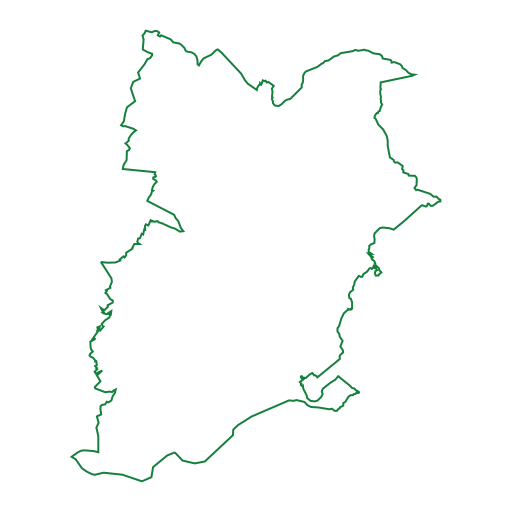 Chilchotla, Puebla, Mexico
{"feature_id": "50627088B92619426323393", "entity_name": "Chilchotla", "entity_type": "district", "adm_level": 2, "iso_a3": "MEX", "parent_name": "Mexico", "parent_adm1": "Puebla", "projection": "orthographic", "projection_center": [-97.21, 19.256], "detail": "fine", "context": "isolated", "style": "outline", "palette": "green", "viewbox_px": 512, "rotation_deg": 0, "n_neighbors": 0, "source": "geoboundaries", "source_scale": "gbopen_adm2", "svg_char_len": 5972}
<svg xmlns="http://www.w3.org/2000/svg" viewBox="0 0 512 512"><path d="M241.1,73.6L221.5,52.6L217.7,49.4L216.0,50.2L211.3,54.7L203.8,58.3L201.5,60.9L198.9,65.4L197.6,64.3L197.5,60.4L196.4,56.4L194.3,53.9L191.6,52.4L186.5,51.4L185.7,50.8L184.4,47.9L181.0,44.5L179.0,43.4L173.3,42.4L170.6,39.3L161.1,35.3L160.1,36.5L157.8,35.3L159.2,32.5L156.8,31.0L154.3,31.1L151.9,32.3L145.7,30.7L144.6,33.2L142.5,35.6L143.6,39.4L142.8,49.1L143.2,49.8L148.0,52.3L152.1,53.8L152.0,55.5L150.1,58.1L147.4,59.2L144.5,64.3L138.1,72.5L140.0,78.6L133.2,81.9L130.8,88.3L135.1,101.2L127.0,107.3L125.1,113.9L123.8,121.4L121.1,125.3L123.5,126.3L125.1,126.1L133.2,128.7L136.0,130.4L133.4,132.3L131.1,134.8L128.7,138.5L128.7,140.8L125.5,143.5L127.2,144.8L129.9,148.3L128.8,150.2L126.9,151.1L126.6,160.1L123.6,164.9L122.8,169.0L155.2,172.2L154.6,174.4L155.6,175.2L156.0,176.2L155.0,177.0L153.3,177.4L153.2,178.9L156.0,180.5L156.7,181.8L154.1,184.5L152.7,187.1L151.9,190.3L153.1,190.7L152.0,191.5L150.8,195.0L149.0,197.1L147.3,200.9L174.1,214.8L175.9,218.5L178.2,220.9L180.8,227.9L183.3,231.2L179.8,231.6L174.8,228.5L171.1,227.5L162.3,223.4L158.4,222.2L157.5,221.1L154.4,221.8L151.9,220.7L151.7,221.4L150.5,220.4L148.4,225.5L145.9,224.3L145.0,226.0L145.2,229.7L144.3,229.3L143.1,234.5L141.7,233.8L139.9,238.3L138.2,238.5L137.3,241.7L137.8,242.8L139.5,244.0L134.3,244.0L132.2,248.1L132.4,248.7L126.2,252.7L126.2,255.2L124.6,257.5L123.5,256.4L119.0,260.0L120.1,259.4L120.4,260.5L115.3,262.5L107.5,262.7L101.6,262.1L101.3,262.5L111.4,278.3L111.9,281.8L109.9,286.8L110.4,287.8L105.9,290.2L106.8,291.1L105.4,292.9L107.0,294.1L110.3,299.1L112.8,300.6L112.8,301.5L112.6,302.6L107.6,305.3L107.9,306.8L104.3,310.3L100.9,307.9L102.3,310.8L103.6,312.2L102.5,312.6L103.4,313.3L106.0,314.1L109.1,313.9L108.5,312.8L111.3,311.1L110.8,314.9L109.8,315.6L109.4,317.5L105.1,320.3L101.7,324.0L102.9,326.4L103.5,326.6L100.1,330.6L98.9,329.9L99.8,326.4L97.4,327.3L97.9,330.3L97.3,330.8L98.0,331.2L92.8,338.7L94.1,338.3L94.8,338.7L94.7,339.3L90.3,341.7L90.7,347.9L91.3,349.6L92.8,351.6L90.3,353.7L89.5,355.4L90.4,356.5L93.3,357.9L94.9,360.0L95.1,361.4L96.3,361.2L96.8,365.1L95.1,366.1L96.9,368.0L96.4,368.5L97.2,369.2L94.6,371.7L95.8,373.6L102.3,370.5L96.9,375.4L100.4,381.3L94.9,387.0L95.2,388.4L105.2,392.2L109.7,391.6L112.1,392.1L113.5,390.7L115.7,389.5L114.9,392.9L112.7,396.1L111.4,400.5L108.5,402.4L106.7,401.8L105.2,404.3L102.1,404.9L100.6,406.1L100.4,408.8L101.2,414.4L96.9,416.4L98.6,422.8L96.4,427.6L98.3,436.1L98.3,452.2L93.2,451.0L83.6,450.3L80.7,450.9L77.6,452.5L71.6,456.8L75.7,459.3L81.9,468.2L86.4,471.4L91.8,474.1L94.7,474.8L103.6,472.7L122.4,474.7L141.9,481.3L151.4,477.2L153.1,467.1L167.3,455.4L174.3,452.6L175.4,453.0L182.6,460.6L194.8,463.4L204.8,461.5L232.9,435.2L233.3,429.6L238.0,425.1L251.6,416.5L289.0,400.4L293.4,400.8L296.7,400.1L304.5,402.0L307.5,405.2L311.1,407.0L318.7,407.5L329.4,409.3L331.8,408.7L334.8,410.9L336.8,410.9L338.4,409.0L339.7,408.3L339.9,407.4L343.3,405.6L343.3,403.0L345.3,401.9L348.4,396.8L350.6,395.2L352.9,395.2L353.7,394.1L355.3,394.0L356.5,392.7L358.4,393.1L359.0,392.5L358.7,391.7L355.8,390.2L354.3,388.5L352.1,388.0L349.8,385.6L338.2,376.2L335.3,379.7L330.3,382.8L322.7,388.9L321.8,391.6L322.6,393.9L322.2,395.0L321.1,397.1L317.5,400.6L314.7,401.4L310.6,400.9L307.1,398.0L306.8,395.7L303.3,388.8L302.8,385.4L301.9,385.9L300.8,384.9L301.4,383.7L299.8,382.0L302.7,379.9L300.8,377.0L301.0,376.4L301.7,376.1L303.6,379.2L304.6,378.4L304.1,377.7L305.9,377.9L310.0,374.2L312.3,373.0L314.0,375.2L314.3,374.9L316.6,376.1L317.3,377.4L339.8,359.0L339.6,356.5L340.1,355.1L343.1,352.4L343.0,350.5L340.4,346.5L342.6,340.9L339.7,336.6L339.3,333.9L337.5,331.6L337.5,328.2L339.1,326.1L341.3,318.6L343.8,313.4L347.8,309.7L349.4,309.7L349.1,309.3L349.7,309.5L351.0,308.7L351.6,309.2L352.1,308.6L352.1,302.4L350.8,298.7L349.4,298.2L348.9,294.8L350.1,292.2L353.2,289.8L352.8,287.7L354.2,284.7L354.8,281.4L358.8,275.9L361.0,276.9L362.3,276.7L363.4,274.1L367.0,271.7L369.5,268.4L370.9,268.1L371.9,268.9L373.0,267.8L373.7,265.9L374.6,266.8L374.1,267.9L374.8,268.2L375.5,267.4L377.0,270.2L375.3,271.2L374.9,273.3L375.7,275.5L378.4,275.5L379.2,274.2L381.4,272.4L379.2,270.0L378.9,268.2L375.7,265.3L374.8,263.5L375.2,263.3L374.5,261.4L373.2,259.9L373.4,259.5L373.0,260.0L372.2,259.6L371.5,258.2L372.9,257.2L371.3,255.9L371.2,254.6L370.8,254.6L370.9,256.6L368.1,253.4L371.4,253.7L368.8,251.9L368.6,250.1L369.4,247.8L369.2,245.9L370.9,244.4L374.4,243.0L374.6,239.1L374.1,236.6L374.5,233.5L379.7,228.2L382.6,227.5L389.3,228.2L393.7,229.6L403.8,221.4L421.0,205.9L422.3,205.2L426.0,206.6L427.2,205.7L427.6,203.8L428.7,203.6L430.8,205.9L432.9,205.7L438.3,201.7L440.4,201.4L440.3,199.7L438.6,198.9L436.6,196.6L433.6,196.7L430.1,193.8L417.5,189.7L416.1,190.1L414.5,188.0L416.5,185.2L416.8,178.7L416.4,177.5L414.9,175.8L408.7,175.6L408.3,174.0L403.3,172.4L403.4,170.2L402.1,169.2L402.8,166.2L397.8,162.4L395.1,162.6L394.0,161.4L393.6,159.9L389.9,157.4L387.7,145.6L387.7,140.2L386.6,135.7L383.1,129.4L378.4,124.7L375.6,118.7L374.4,117.8L375.0,115.5L376.7,113.1L377.9,113.1L378.4,111.5L379.6,111.1L381.1,106.4L382.2,104.6L380.9,102.2L381.1,100.8L380.6,98.9L381.0,97.5L380.2,93.0L380.3,90.4L381.0,89.2L380.4,88.1L380.7,82.4L412.1,75.8L414.6,74.7L411.3,74.3L408.4,72.8L406.2,70.3L402.4,67.8L402.0,66.2L400.0,64.2L394.4,62.1L391.6,62.6L391.3,60.7L390.3,59.9L382.7,58.5L382.1,56.2L379.7,54.2L373.5,53.4L367.8,50.5L365.9,50.4L364.5,49.7L358.3,50.8L355.2,49.9L353.0,51.1L340.6,53.2L338.0,55.3L333.8,56.6L328.4,60.5L325.0,61.1L322.9,63.3L321.9,63.5L317.2,67.0L305.8,71.5L304.3,73.3L303.1,75.9L303.1,80.4L302.8,82.5L301.7,84.5L301.7,87.5L290.3,98.9L286.9,99.7L285.0,100.8L281.1,104.6L278.6,106.0L275.3,105.6L274.3,105.0L273.0,103.1L272.9,101.2L271.9,99.1L272.6,97.4L272.0,97.0L272.5,91.7L271.9,88.7L273.7,85.8L268.4,82.0L266.9,82.5L265.5,80.7L264.7,81.2L262.8,80.4L261.4,84.4L260.1,83.2L260.2,84.7L259.1,84.9L257.3,87.7L256.8,90.0L247.8,83.7L244.9,80.1L241.1,73.6Z" fill="none" stroke="#15803d" stroke-width="2"/></svg>